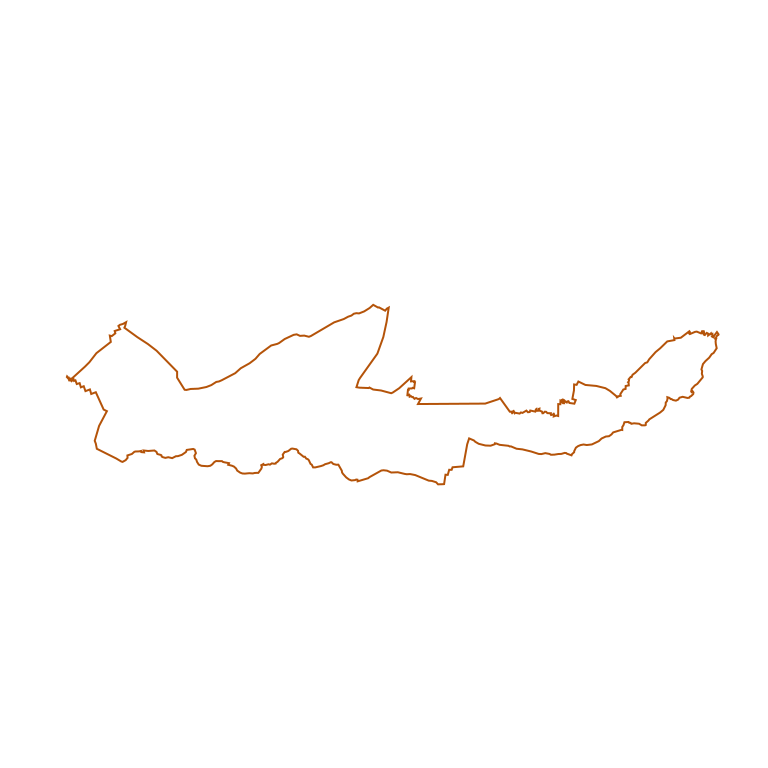 Fortín, Veracruz, Mexico, rotated 290°
{"feature_id": "50627088B80111986215691", "entity_name": "Fortín", "entity_type": "district", "adm_level": 2, "iso_a3": "MEX", "parent_name": "Mexico", "parent_adm1": "Veracruz", "projection": "mercator", "projection_center": [-96.984, 18.895], "detail": "fine", "context": "isolated", "style": "outline", "palette": "amber", "viewbox_px": 768, "rotation_deg": 290, "n_neighbors": 0, "source": "geoboundaries", "source_scale": "gbopen_adm2", "svg_char_len": 6148}
<svg xmlns="http://www.w3.org/2000/svg" viewBox="0 0 768 768"><g transform="rotate(290 384 384)"><path d="M452.8,565.8L449.1,565.3L448.6,562.8L442.9,564.7L434.4,566.1L434.5,569.7L430.6,569.6L429.6,564.7L430.9,563.2L430.3,562.2L429.1,562.1L429.2,561.1L430.4,558.9L430.6,557.3L430.0,556.7L429.0,558.8L427.5,559.7L427.2,558.8L428.4,555.6L425.3,556.6L424.7,554.6L413.5,558.6L413.3,556.7L411.6,554.6L413.8,554.1L414.1,553.7L412.8,552.9L412.0,551.6L412.7,550.9L413.6,550.8L412.5,547.5L413.3,545.9L413.0,544.6L411.0,543.6L410.7,542.9L412.1,541.9L412.2,539.0L414.0,538.5L413.5,537.9L411.8,538.5L411.0,536.6L412.6,535.8L412.0,535.4L409.8,535.6L409.1,530.5L407.5,530.5L406.7,528.9L407.7,526.9L404.2,524.0L404.1,522.4L402.6,521.6L401.8,516.9L401.4,516.8L403.0,515.0L401.7,513.9L400.7,514.6L400.4,514.4L401.5,512.8L401.0,511.7L410.5,497.8L409.3,497.2L408.5,496.3L400.2,485.8L376.8,422.8L383.0,423.7L381.5,421.1L381.8,418.9L380.5,417.7L381.7,415.6L381.3,415.0L381.8,413.6L380.9,412.5L382.2,412.0L382.7,411.3L382.5,410.7L381.5,410.4L381.4,409.8L386.8,408.5L387.0,409.2L388.2,408.8L389.4,411.8L390.2,412.2L390.3,413.8L396.3,412.5L396.1,411.7L397.0,411.5L395.7,408.5L399.8,407.4L385.2,399.7L378.9,395.1L377.8,393.9L376.9,383.5L375.1,375.7L375.7,371.5L375.0,371.1L372.1,362.0L371.6,359.2L379.0,358.9L381.4,359.4L410.3,367.4L427.9,367.3L443.2,365.2L457.4,362.3L455.8,360.9L453.3,360.0L454.3,353.0L453.8,352.3L454.7,346.8L450.5,344.5L445.4,340.5L441.8,336.4L441.1,333.8L439.7,331.6L437.2,330.0L435.0,327.3L431.3,324.0L424.9,316.1L404.1,298.9L402.7,297.3L402.2,292.5L400.5,288.6L400.8,285.0L399.3,282.3L392.3,275.3L386.6,271.4L385.2,270.0L381.6,264.8L369.7,256.9L363.7,254.6L361.2,253.0L357.5,250.6L349.8,244.0L343.3,240.5L332.0,230.2L329.9,228.0L328.6,225.7L323.9,222.1L320.4,218.1L316.1,211.1L313.2,204.0L310.8,200.3L310.4,198.6L319.2,187.4L324.8,185.4L337.5,158.9L340.8,148.5L343.7,136.1L348.1,120.8L350.2,120.9L353.9,120.5L351.1,118.1L349.3,115.6L347.7,114.6L345.2,117.3L341.7,112.8L339.7,114.2L335.9,111.8L335.7,109.8L330.1,112.9L314.6,103.2L303.7,99.7L298.1,97.1L282.7,89.0L282.0,88.2L281.6,86.9L282.0,85.2L282.8,83.6L282.1,83.6L281.1,85.5L281.6,85.8L279.7,86.9L280.3,89.0L279.9,89.4L282.1,90.8L280.9,91.7L281.9,92.8L278.9,95.3L280.7,97.7L277.2,100.3L279.2,102.6L275.2,105.9L278.3,109.5L274.5,112.3L277.7,116.0L264.1,129.3L263.7,132.9L247.2,130.6L231.7,131.6L229.4,133.6L224.9,136.3L222.4,158.0L221.3,163.7L221.4,165.0L224.1,167.3L226.9,168.3L229.1,167.3L232.0,171.0L234.9,172.6L235.6,173.6L236.9,176.9L238.0,178.6L237.0,179.2L237.7,181.9L239.3,180.8L240.4,185.3L243.0,191.0L242.4,193.4L240.7,195.0L241.0,198.6L240.8,199.3L239.8,199.9L239.6,201.0L239.8,203.8L241.4,206.3L241.9,210.3L245.0,213.2L245.7,215.0L248.3,218.3L252.3,221.1L254.6,221.2L257.7,226.9L257.6,228.5L254.7,230.9L251.7,230.4L249.5,231.8L248.8,233.4L246.8,235.0L244.9,237.5L244.8,238.8L244.7,240.4L246.4,246.4L247.8,248.8L249.7,250.1L252.7,251.3L254.1,252.5L256.1,258.1L255.7,259.2L255.8,260.6L256.6,265.4L254.8,265.2L255.2,269.0L255.1,271.2L254.0,273.9L252.4,275.7L251.5,279.2L251.5,281.6L252.2,283.9L254.1,287.9L255.1,291.3L256.3,293.1L257.5,296.3L262.5,297.7L264.3,297.6L265.7,296.4L267.5,298.0L266.8,298.4L267.4,300.5L269.1,303.0L269.2,304.4L271.1,305.8L271.5,308.1L272.2,309.4L272.8,309.3L274.5,310.6L278.0,312.0L279.4,313.7L280.4,314.3L280.9,314.3L283.0,313.0L286.2,313.9L286.5,314.8L288.3,317.0L291.4,318.9L292.0,320.0L292.7,324.1L291.8,326.1L290.2,326.9L290.0,327.3L289.9,328.2L288.1,333.4L288.6,334.5L287.3,336.5L287.3,338.1L286.7,339.4L283.8,342.3L283.5,343.7L281.4,345.9L282.1,347.9L285.3,352.8L286.9,354.8L288.5,356.1L290.7,359.2L292.2,360.6L292.5,361.5L291.5,363.7L291.8,366.8L292.6,368.7L288.1,374.0L286.6,374.8L285.7,375.9L283.3,380.4L282.3,383.8L282.2,386.4L283.8,389.7L284.7,390.5L285.0,391.8L283.5,392.5L290.1,401.4L291.5,402.2L301.8,411.1L302.8,413.1L303.6,416.5L303.3,421.1L305.8,427.2L306.6,434.3L307.0,436.3L308.3,439.3L309.1,444.5L308.5,459.1L309.3,462.1L309.5,466.6L308.2,469.1L310.1,473.9L310.5,474.7L319.8,472.8L320.4,475.0L325.7,474.6L326.5,476.9L329.2,476.9L333.7,486.6L355.8,482.8L362.0,482.6L361.7,487.8L360.9,489.6L360.2,493.5L360.9,500.3L362.5,505.3L365.3,508.7L366.2,508.5L366.5,510.0L366.4,513.5L368.5,522.1L368.3,523.5L368.8,524.6L368.5,530.7L369.9,536.4L370.9,545.4L371.2,553.3L372.0,555.9L374.2,559.2L374.9,563.5L374.6,565.0L375.8,568.1L377.8,571.7L379.0,574.6L381.1,577.4L381.4,578.9L381.1,579.5L381.1,584.6L382.5,584.7L384.9,586.0L385.9,585.7L389.8,586.1L392.0,587.6L393.9,589.7L395.4,592.2L396.0,595.4L398.3,600.0L403.8,605.4L407.2,607.1L410.5,610.4L411.9,613.3L414.4,615.0L416.9,615.9L422.2,622.9L422.3,623.6L425.1,622.6L427.2,623.1L430.3,623.0L432.0,626.9L431.4,627.7L431.8,629.0L431.2,630.0L432.6,632.4L433.9,637.3L433.3,640.4L434.4,643.4L435.0,644.0L437.0,643.3L440.1,645.0L441.5,645.4L451.6,653.2L455.2,655.3L460.4,655.9L463.0,655.1L464.5,655.7L467.0,655.5L468.5,654.8L468.6,656.9L467.9,658.5L468.2,659.3L467.8,661.0L468.2,664.0L469.9,665.7L472.2,666.4L474.1,669.0L474.7,674.0L475.6,675.6L476.6,675.7L477.8,676.8L480.3,678.0L481.9,677.7L482.7,676.5L481.6,675.8L482.1,675.2L484.7,674.9L488.9,676.6L491.3,678.4L499.2,681.2L500.2,680.9L502.3,679.2L505.1,678.5L506.3,677.3L511.8,676.9L515.4,678.2L520.0,680.6L524.1,681.7L525.9,683.1L531.4,684.4L535.1,682.1L537.5,681.0L539.2,680.7L539.7,679.8L540.5,680.6L541.4,680.1L543.4,680.5L544.5,681.4L545.1,681.4L546.7,679.1L541.8,677.6L540.9,677.9L540.5,677.5L540.8,675.9L541.9,676.1L543.5,675.4L542.6,674.1L543.3,673.8L540.5,672.0L542.2,671.3L542.4,669.8L539.7,668.7L539.7,668.0L539.9,667.5L541.9,667.2L543.0,666.4L542.4,664.8L542.0,664.7L540.6,665.6L540.0,664.7L540.2,660.0L539.4,658.5L535.5,654.3L535.8,653.6L537.4,653.7L538.0,652.9L529.0,647.1L526.1,641.5L526.4,641.0L524.6,641.9L520.9,635.6L512.0,631.3L506.9,628.3L497.9,624.7L494.4,624.0L493.0,622.2L480.5,616.3L477.7,614.4L474.4,614.2L475.3,613.8L475.1,613.4L472.4,612.4L472.4,612.7L470.6,613.1L469.3,612.8L469.3,613.2L466.4,614.5L464.8,611.8L462.0,612.7L460.7,610.8L455.2,609.5L453.9,610.5L452.3,607.8L452.0,608.2L451.1,607.5L452.1,606.3L454.8,598.6L455.8,593.5L454.8,584.2L452.0,573.6L452.8,565.8Z" fill="none" stroke="#b45309" stroke-width="2"/></g></svg>